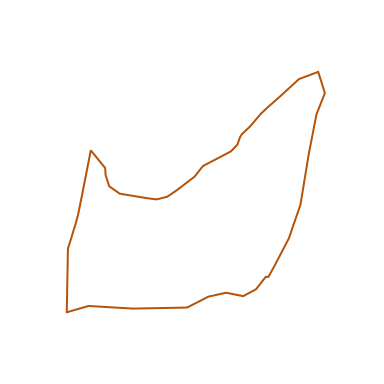 outline of Babanusa, South Kordufan, Sudan, rotated 14°
{"feature_id": "16777658B12271079488091", "entity_name": "Babanusa", "entity_type": "district", "adm_level": 2, "iso_a3": "SDN", "parent_name": "Sudan", "parent_adm1": "South Kordufan", "projection": "equal_earth", "projection_center": [27.395, 11.378], "detail": "fine", "context": "isolated", "style": "outline", "palette": "amber", "viewbox_px": 384, "rotation_deg": 14, "n_neighbors": 0, "source": "geoboundaries", "source_scale": "gbopen_adm2", "svg_char_len": 1530}
<svg xmlns="http://www.w3.org/2000/svg" viewBox="0 0 384 384"><g transform="rotate(14 192 192)"><path d="M289.6,245.1L297.2,213.5L300.3,178.1L296.1,126.8L294.0,86.5L297.0,63.9L292.4,56.3L285.4,44.9L268.5,56.5L253.5,79.2L244.7,91.9L243.1,94.4L240.1,99.0L232.4,114.5L226.4,123.8L225.3,127.3L224.6,135.0L220.0,143.1L201.5,159.6L196.4,164.1L190.7,176.6L176.1,194.8L169.2,202.5L159.6,207.7L149.8,208.9L135.0,210.1L122.2,211.1L110.3,206.5L104.1,196.5L101.9,189.7L83.9,176.2L83.7,176.1L83.7,175.9L83.7,176.1L83.8,178.1L83.9,179.3L83.9,180.4L84.0,180.6L84.0,181.9L84.1,183.7L84.3,187.5L84.4,188.5L84.4,190.0L84.5,191.5L84.6,193.3L84.6,193.5L84.7,194.6L84.7,195.2L84.8,197.0L85.0,201.1L85.1,202.2L85.2,205.3L85.3,206.4L85.3,207.0L85.8,217.0L85.9,218.6L86.3,227.1L86.5,231.6L86.6,233.4L87.0,242.2L86.8,249.1L86.8,249.3L86.7,252.7L86.4,257.4L86.2,261.5L86.2,261.8L86.0,265.5L86.0,266.1L85.7,270.5L85.6,272.6L85.4,275.7L85.4,276.8L85.4,277.1L85.5,277.6L85.9,279.3L86.5,282.1L86.8,283.5L87.3,285.7L87.7,287.1L87.9,288.3L88.9,292.3L89.2,293.7L89.5,295.2L90.0,297.2L90.1,297.7L91.7,304.7L91.9,305.7L92.0,306.1L92.5,308.2L93.1,310.8L93.2,311.1L93.2,311.3L93.6,312.8L94.1,315.4L95.0,318.9L95.9,322.9L96.0,323.5L96.4,325.3L97.0,327.9L97.7,330.8L99.0,336.5L99.2,337.3L99.3,337.9L99.4,338.1L99.4,338.4L99.5,338.7L99.5,338.8L99.6,339.0L119.2,327.6L124.1,326.7L163.0,319.4L215.2,305.3L233.2,289.6L249.4,281.5L266.8,280.7L277.6,271.0L282.1,260.9L284.1,256.5L286.7,255.8L288.0,250.9L289.6,245.1Z" fill="none" stroke="#b45309" stroke-width="2"/></g></svg>